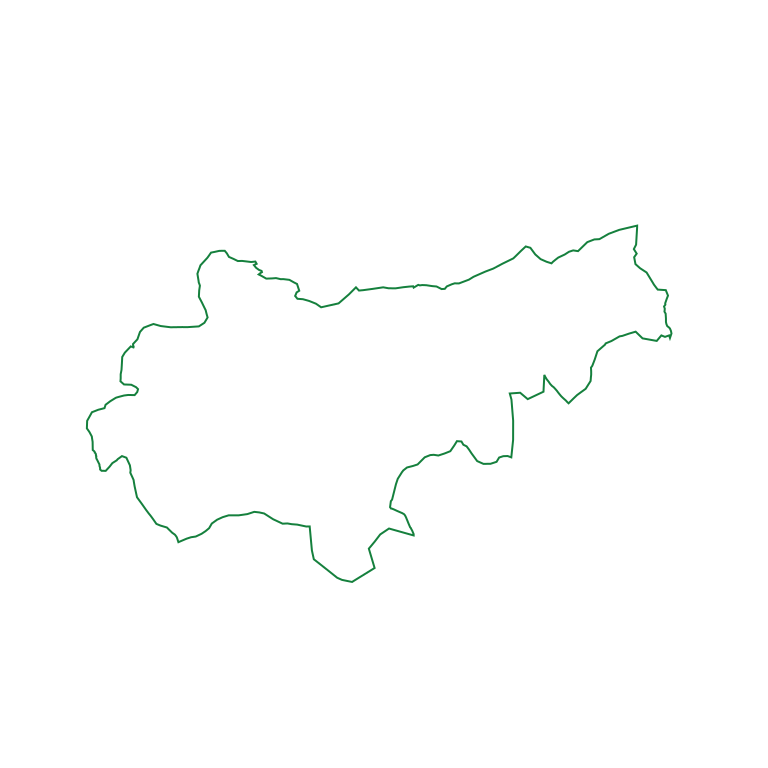 Shiroro, Niger, Nigeria (Mercator projection), rotated 252°
{"feature_id": "59680162B70265669805684", "entity_name": "Shiroro", "entity_type": "district", "adm_level": 2, "iso_a3": "NGA", "parent_name": "Nigeria", "parent_adm1": "Niger", "projection": "mercator", "projection_center": [6.713, 10.082], "detail": "fine", "context": "isolated", "style": "outline", "palette": "green", "viewbox_px": 768, "rotation_deg": 252, "n_neighbors": 0, "source": "geoboundaries", "source_scale": "gbopen_adm2", "svg_char_len": 5262}
<svg xmlns="http://www.w3.org/2000/svg" viewBox="0 0 768 768"><g transform="rotate(252 384 384)"><path d="M297.1,139.6L297.9,148.5L297.9,153.1L297.1,157.8L297.9,164.2L299.2,168.8L300.9,173.1L304.5,177.1L306.5,183.3L307.2,189.4L307.1,195.6L304.0,205.2L302.5,213.8L302.5,221.1L300.4,225.7L297.9,230.0L289.6,236.8L282.5,244.4L281.2,249.1L279.2,252.9L277.1,258.0L272.5,266.0L271.5,269.3L248.0,264.0L239.0,263.1L225.7,272.0L214.2,279.6L210.7,283.5L205.6,292.4L211.9,318.2L232.1,318.7L237.0,326.5L242.1,333.9L245.0,344.1L230.8,365.4L231.4,365.6L232.1,365.8L233.1,365.7L235.7,365.5L237.8,365.1L238.8,365.0L239.5,364.6L243.9,364.2L247.0,364.0L249.2,363.8L249.4,363.8L249.7,363.8L250.7,363.7L251.2,363.6L251.7,363.5L252.2,363.5L252.7,363.3L253.1,363.2L253.6,363.0L254.0,362.8L254.4,362.5L254.7,362.2L255.1,361.8L255.5,361.5L256.1,360.8L259.2,357.3L261.7,354.6L262.3,353.9L262.6,353.5L262.9,353.2L263.1,352.8L263.3,352.5L263.4,352.2L265.0,351.7L270.4,354.3L271.6,356.0L285.0,364.4L289.6,367.8L292.9,371.8L293.9,373.0L294.6,373.8L294.9,374.3L295.0,374.5L295.8,375.5L297.5,380.1L297.1,386.1L297.1,391.1L301.7,400.1L302.1,406.0L301.3,409.4L299.2,413.6L299.2,420.0L299.6,426.3L303.8,431.8L307.1,435.7L305.4,439.9L301.7,440.7L299.2,443.3L295.4,444.6L291.0,445.8L281.9,448.8L277.3,453.9L275.2,460.7L275.2,467.0L278.5,470.8L278.5,475.1L277.3,479.3L274.9,482.4L290.9,489.5L309.2,495.5L329.8,500.4L336.1,500.7L333.6,510.8L325.2,516.0L327.4,533.3L343.1,539.3L341.3,539.5L338.5,540.1L335.3,541.3L332.8,542.0L330.2,543.2L328.5,544.4L326.3,545.4L324.2,546.3L322.1,547.0L319.7,547.9L317.5,548.8L315.8,549.7L314.2,550.6L312.2,551.8L310.2,552.7L308.6,553.6L311.6,559.6L313.8,564.2L315.3,568.7L317.1,574.3L323.0,581.4L326.8,583.0L328.8,583.9L330.0,584.3L332.2,585.0L335.6,585.9L336.9,587.7L342.2,592.0L349.2,597.1L353.2,606.5L354.1,607.3L354.6,613.6L355.8,619.4L356.5,622.8L356.1,625.5L356.2,632.7L356.0,639.5L347.5,644.0L340.7,656.7L344.5,662.8L342.0,665.8L342.1,670.2L339.4,670.2L343.2,673.0L345.7,673.3L348.4,673.1L349.7,672.5L351.5,671.3L353.5,671.1L355.8,671.3L359.2,672.4L363.9,673.6L366.1,673.1L368.8,674.3L371.2,674.3L372.5,676.1L373.9,676.4L377.6,679.2L380.3,681.4L386.2,681.0L386.8,679.5L389.2,673.5L391.1,672.8L395.5,671.3L395.8,671.3L408.9,668.2L415.0,663.3L420.3,660.2L427.3,661.1L429.9,664.6L435.1,663.3L438.6,666.8L454.4,673.0L456.4,673.7L457.9,655.3L457.4,644.2L455.2,633.6L456.5,628.7L456.1,621.2L450.4,609.6L452.6,605.2L452.6,600.8L451.3,595.9L450.4,588.8L449.2,585.5L448.0,582.4L447.0,580.6L450.0,576.4L454.4,571.5L460.5,567.9L468.3,565.3L471.0,561.3L468.3,555.5L464.9,548.7L463.5,545.8L461.8,533.8L460.0,523.6L459.6,515.2L458.3,502.3L457.0,497.0L456.5,486.3L457.9,482.3L457.9,479.2L457.4,473.9L455.7,471.2L456.5,468.1L460.5,464.1L462.2,460.1L464.9,454.7L466.3,450.9L466.7,448.6L467.7,447.2L467.1,444.6L466.5,442.0L467.9,441.9L468.8,438.4L470.1,432.2L471.4,424.6L473.6,418.0L476.2,413.1L478.0,402.4L479.7,393.1L480.6,389.1L484.6,387.2L480.1,378.4L474.7,365.7L476.4,347.9L481.4,344.1L486.0,338.6L486.9,337.3L489.7,333.1L491.8,328.0L495.2,326.7L496.3,327.7L498.1,329.2L498.9,332.2L506.0,332.2L508.5,329.7L512.3,326.2L514.8,320.8L515.6,318.2L518.1,314.0L519.0,310.2L520.6,304.6L524.8,300.8L526.9,298.7L527.7,300.8L528.1,302.5L529.4,302.5L531.1,300.4L534.0,298.3L537.3,297.0L537.5,298.2L537.7,300.0L540.2,299.5L540.7,297.1L541.1,295.3L544.9,287.1L546.1,283.0L549.4,279.6L552.8,275.8L556.9,274.9L559.9,273.7L561.5,268.6L562.0,263.5L562.4,260.1L560.2,257.2L558.6,255.0L553.6,246.1L551.1,244.2L548.9,242.4L546.5,240.6L539.3,239.5L537.8,239.2L536.2,239.3L534.4,239.3L531.4,237.8L530.2,237.2L528.9,236.7L524.2,234.9L517.8,236.0L515.6,236.3L510.6,237.0L509.4,237.2L505.1,236.9L501.8,236.8L499.7,234.4L497.7,232.1L496.9,229.1L496.0,225.7L498.8,214.7L500.5,209.6L503.9,198.6L508.1,189.6L512.3,183.3L512.2,180.3L511.8,172.9L508.9,168.0L502.7,163.3L499.6,157.7L499.4,157.6L498.3,157.4L498.0,157.3L497.5,157.4L497.1,157.4L496.7,157.4L496.2,157.0L496.3,156.8L496.5,156.7L496.8,156.5L497.1,156.2L497.3,156.0L497.4,155.5L497.6,155.1L497.7,154.9L497.7,154.7L497.9,154.6L493.9,147.2L490.6,143.4L484.1,140.9L481.8,140.0L478.5,138.7L474.7,136.6L470.7,135.3L468.0,134.2L463.9,136.6L461.4,143.4L457.6,147.2L455.1,148.5L452.6,146.8L450.5,143.4L452.6,137.4L453.4,133.2L453.7,127.9L453.8,125.1L453.6,124.0L452.2,118.3L450.8,114.3L450.3,112.8L447.4,110.7L447.8,104.3L447.4,97.5L444.3,94.2L442.0,91.7L440.7,90.3L439.6,89.9L433.6,87.7L431.7,88.3L429.4,89.0L424.4,89.9L422.8,89.6L419.0,89.0L411.2,86.6L410.6,87.0L409.4,87.7L408.5,87.9L408.1,87.7L407.7,88.0L406.6,88.3L406.2,88.3L405.8,88.1L405.4,88.0L405.2,88.1L404.8,88.1L404.7,88.0L404.4,88.0L404.2,87.9L404.0,88.0L403.9,88.0L403.6,87.7L403.1,87.6L401.8,87.4L401.4,87.6L396.6,88.3L395.5,88.5L393.9,88.1L392.1,88.1L390.4,87.6L388.7,88.6L387.4,92.5L390.2,97.5L392.7,101.2L393.9,105.8L393.9,106.0L394.8,107.5L396.4,112.5L393.5,116.2L385.2,117.2L380.3,116.4L378.0,115.3L372.9,115.9L370.1,116.2L368.5,115.9L365.1,115.4L363.7,115.2L355.8,114.4L352.6,114.1L347.1,115.9L344.0,116.9L337.5,118.9L335.5,119.6L333.7,120.2L331.4,121.1L329.7,121.7L326.6,122.7L321.3,124.3L319.4,126.5L318.4,127.7L316.6,130.3L314.6,133.2L312.2,134.4L310.7,135.2L308.0,136.6L305.3,138.6L303.0,139.4L301.7,139.6L297.1,139.6Z" fill="none" stroke="#15803d" stroke-width="2"/></g></svg>